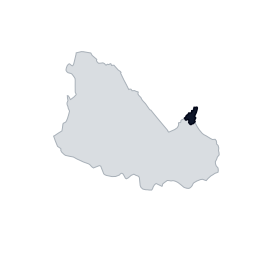 location of Noumbiel within Burkina Faso, rotated 231°
{"feature_id": "BFA-5989", "entity_name": "Noumbiel", "entity_type": "Province", "adm_level": 1, "iso_a3": "BFA", "parent_name": "Burkina Faso", "parent_adm1": "", "projection": "albers", "projection_center": [-2.901, 9.751], "detail": "fine", "context": "in_parent", "style": "filled", "palette": "ink", "viewbox_px": 256, "rotation_deg": 231, "n_neighbors": 0, "source": "natural_earth", "source_scale": "10m", "svg_char_len": 3883}
<svg xmlns="http://www.w3.org/2000/svg" viewBox="0 0 256 256"><g transform="rotate(231 128 128)"><path d="M185.0,156.6L179.1,156.9L176.9,157.6L175.6,157.6L175.6,157.1L175.4,156.8L167.9,155.0L162.7,154.0L157.4,152.8L157.1,153.9L156.3,154.7L155.2,154.7L154.4,154.6L153.8,155.4L153.0,156.6L151.7,157.2L150.5,157.9L149.9,158.5L149.4,158.5L148.2,157.1L146.5,156.9L143.5,157.2L142.2,156.8L140.3,156.6L135.9,156.9L128.9,156.4L127.8,156.7L127.5,157.0L120.5,157.0L112.9,157.1L106.5,157.2L101.0,157.3L100.9,157.0L99.2,157.0L99.0,157.5L97.4,163.3L97.2,166.5L98.0,168.5L99.0,169.7L100.0,170.3L100.2,171.0L99.3,171.9L99.4,172.8L100.4,173.8L100.6,174.8L100.1,175.9L100.2,178.5L101.0,182.5L101.0,185.2L100.3,186.4L100.6,188.4L102.0,191.3L102.3,192.6L101.8,193.1L100.6,193.9L99.5,193.9L98.1,192.1L97.5,191.3L96.4,189.5L95.5,187.7L94.2,186.9L93.0,186.2L91.5,183.9L90.1,182.8L88.5,183.2L86.3,182.7L81.8,182.2L77.0,182.3L75.0,182.8L73.0,183.7L67.9,185.5L65.9,186.4L64.4,188.6L62.7,188.6L61.0,187.8L59.9,186.8L57.7,187.0L55.4,186.0L53.3,184.0L51.7,183.3L49.7,181.9L49.2,179.2L47.9,177.2L46.8,174.6L45.0,173.4L43.0,172.7L40.3,172.8L38.5,171.7L37.0,170.2L37.4,168.8L38.1,166.9L38.2,165.1L38.6,162.1L38.4,158.4L37.9,155.7L39.4,154.7L41.2,153.7L42.3,151.9L43.5,148.0L44.0,144.5L43.7,143.3L43.1,142.2L42.6,140.8L42.4,138.9L42.7,137.4L44.0,135.9L45.7,134.7L46.9,134.1L50.1,133.5L54.0,132.6L56.3,131.6L57.9,130.6L58.8,129.8L59.8,128.1L61.3,126.8L62.5,125.5L62.7,121.9L62.7,119.8L61.8,118.7L61.3,117.7L67.2,114.9L67.2,112.9L66.4,110.6L65.3,108.8L64.9,107.3L66.5,105.4L67.9,104.1L68.9,102.9L71.2,101.1L73.6,100.7L75.7,101.3L82.1,105.5L83.2,105.8L84.5,105.5L86.2,104.4L88.4,103.5L89.2,100.7L89.1,96.6L89.6,94.7L90.7,94.4L94.4,95.1L95.3,95.2L96.4,94.9L97.1,94.2L97.1,92.9L96.9,91.7L98.1,87.9L100.3,85.0L104.7,81.4L106.0,80.7L107.6,80.3L115.5,82.8L116.8,82.1L118.7,76.0L120.8,75.4L123.3,75.3L125.0,74.8L125.8,74.3L129.6,72.0L136.1,68.8L139.6,67.4L140.3,66.9L142.9,64.7L146.2,62.1L148.3,61.6L151.3,61.3L153.1,61.8L153.7,62.5L154.3,62.8L158.1,61.7L163.7,63.4L168.5,65.1L168.2,66.2L168.1,68.1L167.8,71.1L167.3,74.8L169.3,77.1L171.7,79.6L172.4,80.6L171.8,83.1L172.2,84.6L173.5,87.0L175.6,90.1L177.9,93.2L179.4,93.6L180.8,93.9L181.7,94.4L183.0,95.0L184.3,95.3L185.4,96.0L186.1,96.7L187.1,98.6L189.5,99.9L191.3,101.2L190.6,101.8L188.4,101.6L186.4,101.1L186.2,102.0L186.1,105.6L186.5,108.6L186.9,109.0L189.0,109.5L193.9,113.4L198.3,117.0L199.8,118.0L202.2,118.3L205.0,118.4L206.1,118.1L208.7,116.2L210.1,115.9L211.4,116.0L212.1,116.3L213.4,117.8L214.7,120.0L215.0,121.7L214.9,122.6L214.5,123.0L212.4,123.4L211.4,123.8L211.2,124.3L211.6,125.4L212.0,126.2L214.4,129.4L217.9,133.9L219.0,135.0L218.4,136.3L216.7,139.8L215.4,141.3L209.7,146.3L206.9,145.8L201.0,146.9L200.1,145.8L198.7,145.6L197.0,145.8L196.4,146.3L196.2,146.8L195.6,147.5L194.5,149.4L193.7,149.9L192.6,150.3L191.4,150.2L190.6,150.5L190.6,151.5L190.4,152.3L189.5,152.8L189.2,153.7L189.2,154.6L188.7,155.1L187.6,154.8L186.9,154.6L186.3,155.8L185.6,156.6L185.0,156.6Z" fill="#d9dde1" stroke="#a8b0b8" stroke-width="1"/><path d="M93.9,187.0L93.4,187.0L93.0,186.6L92.8,186.1L92.5,185.0L92.1,184.4L91.5,184.3L91.0,184.3L90.6,184.0L90.5,183.6L90.6,183.0L90.5,182.6L90.4,181.3L91.0,180.3L91.0,179.1L91.7,178.6L92.9,178.6L94.0,178.6L94.7,179.4L95.7,180.2L96.6,180.3L97.1,180.0L97.3,178.8L97.7,178.0L98.4,177.8L99.1,178.0L100.1,178.2L100.1,179.5L100.2,180.0L100.7,180.8L100.9,181.2L100.9,181.8L100.7,182.8L100.8,183.4L101.3,184.3L101.4,184.6L101.2,184.8L100.4,185.7L100.0,186.5L100.0,187.0L100.1,187.5L100.3,187.7L100.6,187.7L100.8,187.8L100.9,188.0L101.0,188.4L101.2,188.5L100.9,188.8L100.7,189.2L100.6,189.6L100.6,189.9L100.6,190.3L100.7,190.6L101.6,191.3L102.4,192.4L101.7,193.1L101.1,194.3L100.7,194.7L100.1,194.6L99.6,194.2L97.3,191.1L96.2,188.9L95.7,187.8L95.5,187.2L95.1,186.9L94.7,186.8L93.9,187.0Z" fill="#0f172a" stroke="#020617" stroke-width="1.5"/></g></svg>